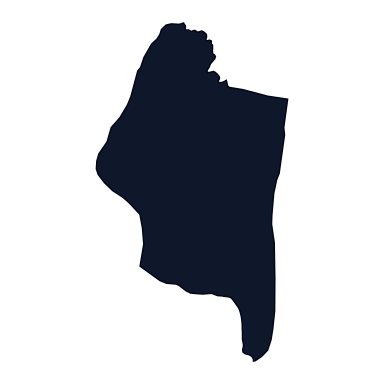 outline of San Lucas Tolimán, Sololá, Guatemala
{"feature_id": "79465075B2167419407314", "entity_name": "San Lucas Tolimán", "entity_type": "district", "adm_level": 2, "iso_a3": "GTM", "parent_name": "Guatemala", "parent_adm1": "Sololá", "projection": "mercator", "projection_center": [-91.143, 14.59], "detail": "fine", "context": "isolated", "style": "filled", "palette": "ink", "viewbox_px": 384, "rotation_deg": 0, "n_neighbors": 0, "source": "geoboundaries", "source_scale": "gbopen_adm2", "svg_char_len": 1962}
<svg xmlns="http://www.w3.org/2000/svg" viewBox="0 0 384 384"><path d="M183.6,23.0L179.3,24.4L171.3,23.9L166.1,25.1L161.5,29.5L160.0,34.3L157.0,39.1L151.7,44.0L144.0,57.5L140.7,67.4L137.8,71.0L130.9,96.8L127.6,104.8L120.1,117.5L111.3,127.5L107.1,141.9L98.9,153.9L96.9,160.9L96.4,168.9L98.2,174.4L104.5,182.7L112.7,190.6L123.1,197.4L129.1,202.7L140.0,214.4L142.5,228.1L143.8,244.2L140.1,266.2L159.9,280.5L166.5,283.2L175.8,284.0L178.9,285.3L186.3,290.9L190.9,293.1L196.9,293.6L202.8,294.0L211.6,293.3L217.6,295.6L222.3,295.9L224.2,296.4L226.2,296.5L228.3,296.8L229.9,297.2L231.2,297.9L232.2,298.9L233.8,301.0L234.6,302.1L235.7,303.6L236.6,305.0L237.5,306.1L238.5,307.7L239.3,309.2L239.7,310.5L240.3,312.3L240.7,313.8L241.1,315.5L241.4,317.0L241.7,318.8L241.9,320.7L242.2,324.1L242.3,326.2L242.3,328.8L242.5,331.8L242.5,335.0L242.5,337.4L242.5,339.3L242.8,340.7L243.1,342.4L243.4,343.9L243.5,345.1L243.4,346.7L243.0,348.4L242.7,349.9L243.0,351.9L244.3,353.2L245.6,353.8L247.5,354.3L249.5,354.9L251.2,355.9L252.4,357.2L253.3,358.8L253.5,361.0L255.1,360.8L261.6,356.4L267.5,350.3L270.9,340.2L272.7,329.0L274.6,311.0L274.8,279.5L274.2,242.6L271.5,224.1L271.8,215.4L273.7,193.3L276.6,179.6L279.1,173.4L284.5,134.8L283.7,127.6L287.6,99.2L267.4,96.2L243.0,89.7L229.2,87.4L227.7,86.2L226.3,80.4L223.2,82.1L222.0,82.4L220.6,82.6L218.7,82.5L218.0,80.9L219.1,79.6L219.5,77.8L219.1,76.5L217.4,74.3L214.8,72.1L213.4,71.5L211.6,71.9L210.1,72.4L207.9,72.6L206.8,71.3L207.5,69.5L208.7,67.9L209.4,66.5L209.8,65.1L210.7,63.4L214.7,58.8L215.4,56.5L214.4,54.9L212.7,53.9L212.4,52.0L212.5,48.3L212.5,45.1L211.3,44.0L211.3,42.1L211.2,40.9L209.3,40.2L207.7,40.7L205.7,40.9L206.0,39.0L206.5,37.0L206.5,35.1L206.0,34.0L204.6,32.7L203.5,31.9L201.8,31.0L200.2,31.5L198.4,32.1L196.7,31.8L195.7,30.9L194.6,30.4L192.6,30.9L191.5,31.6L190.1,30.9L188.5,29.9L187.1,30.1L185.9,30.2L185.3,28.8L185.4,27.6L185.3,25.6L184.2,24.3L183.6,23.0Z" fill="#0f172a" stroke="#020617" stroke-width="1.5"/></svg>